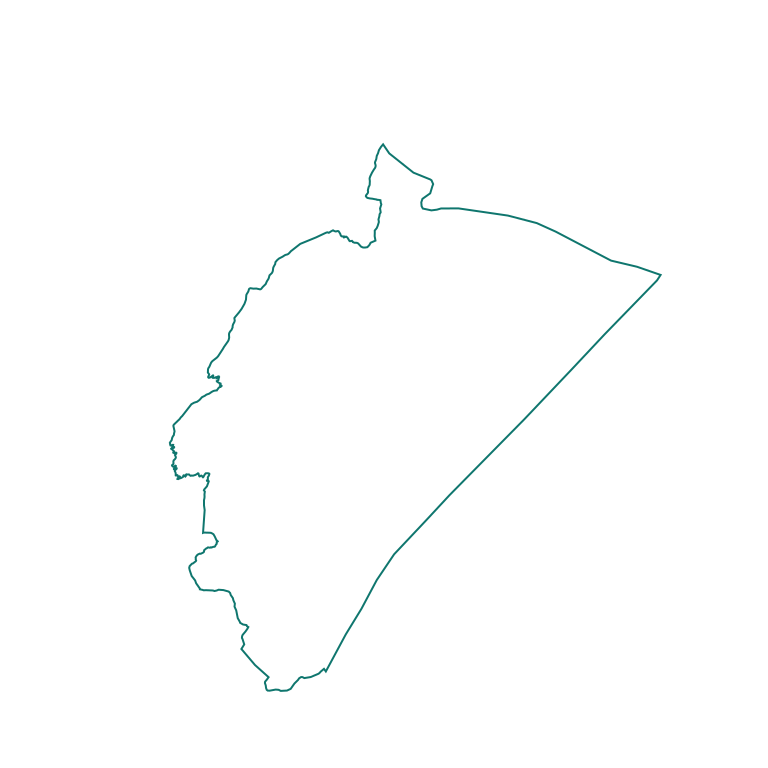 the district of Suaman, Western, Ghana, rotated 231°
{"feature_id": "2480657B41275879010095", "entity_name": "Suaman", "entity_type": "district", "adm_level": 2, "iso_a3": "GHA", "parent_name": "Ghana", "parent_adm1": "Western", "projection": "equal_earth", "projection_center": [-2.977, 6.108], "detail": "fine", "context": "isolated", "style": "outline", "palette": "teal", "viewbox_px": 768, "rotation_deg": 231, "n_neighbors": 0, "source": "geoboundaries", "source_scale": "gbopen_adm2", "svg_char_len": 6154}
<svg xmlns="http://www.w3.org/2000/svg" viewBox="0 0 768 768"><g transform="rotate(231 384 384)"><path d="M570.8,534.1L570.2,531.0L568.9,527.2L567.1,524.6L565.8,521.9L563.7,519.6L562.0,516.6L561.5,516.1L559.6,515.3L558.8,514.8L558.1,514.0L557.5,512.9L557.1,511.3L555.8,507.7L554.1,504.1L553.1,502.5L552.5,501.9L550.6,500.7L547.8,498.2L547.4,497.6L546.8,496.1L545.1,493.9L544.5,493.2L543.5,492.7L543.0,492.2L542.6,491.6L541.9,488.7L541.4,488.1L540.2,488.0L539.1,488.2L537.1,489.8L535.4,491.5L533.7,492.9L531.9,494.5L531.5,494.5L530.6,495.6L529.1,496.9L526.6,495.4L525.3,495.0L522.9,491.4L519.9,489.7L519.4,489.3L518.9,487.8L518.1,486.7L517.6,486.4L515.4,483.3L513.5,482.2L513.0,481.8L510.8,478.5L509.7,476.4L509.1,473.4L507.2,471.9L504.8,469.8L500.8,467.6L502.2,462.5L501.2,460.1L500.8,457.2L502.0,455.1L502.8,454.1L503.6,453.4L505.3,452.6L509.5,452.4L510.9,451.7L512.3,450.0L513.9,449.1L514.3,449.3L515.4,449.2L516.4,447.4L516.9,447.2L520.5,447.7L522.1,447.5L522.5,446.6L523.2,446.4L523.0,445.3L523.2,445.0L524.4,445.2L525.3,444.1L525.9,443.9L527.0,444.0L528.3,444.5L530.6,444.8L531.4,444.8L532.2,444.0L532.8,442.6L534.0,441.7L535.5,441.1L535.9,439.3L536.2,436.4L536.4,436.1L537.1,435.8L537.6,435.3L538.1,434.0L540.7,423.4L545.6,407.1L545.8,395.2L545.5,393.5L545.3,391.6L545.5,390.5L546.4,388.5L546.7,386.2L546.7,385.6L547.6,381.3L547.5,378.8L547.0,376.3L545.7,374.9L544.6,372.1L544.0,371.0L541.8,368.7L541.2,367.7L540.8,366.7L540.5,363.4L538.9,361.2L538.4,360.3L537.5,357.6L536.1,354.9L535.7,350.7L535.2,348.5L535.3,347.7L535.6,347.2L538.5,344.9L540.3,342.5L542.5,340.5L542.8,339.5L542.7,338.8L541.3,336.8L540.1,333.5L539.7,332.9L536.4,329.8L534.1,326.0L532.0,320.6L530.9,316.4L529.7,310.3L529.4,309.2L527.2,307.9L526.4,306.8L525.3,304.2L524.3,302.8L523.3,302.0L522.6,300.7L522.0,299.5L521.7,297.8L521.3,296.5L520.8,295.5L519.9,294.6L517.5,292.9L516.0,291.0L515.4,289.7L513.5,283.0L512.6,280.7L510.0,272.6L509.7,270.7L509.8,265.2L509.6,263.9L509.3,262.9L507.3,259.1L506.8,257.4L506.2,256.5L503.7,254.3L502.5,254.3L501.5,254.2L501.2,253.8L500.1,251.7L499.4,251.6L499.0,251.8L498.5,253.0L498.3,256.5L497.9,256.5L497.1,255.6L496.7,254.8L496.4,254.9L495.4,256.3L495.0,257.9L494.6,258.0L493.9,257.6L493.8,258.1L494.3,259.1L494.3,259.9L493.9,260.4L493.2,260.3L492.0,258.5L491.3,257.8L491.3,257.3L491.5,257.0L491.5,256.8L491.3,256.4L491.5,255.9L491.2,255.7L489.1,256.3L487.2,257.3L486.7,256.9L486.5,255.9L485.7,255.9L485.0,256.6L484.7,256.6L484.6,256.4L484.6,255.0L484.8,254.8L485.2,255.0L485.0,254.2L485.1,253.2L484.6,251.4L484.5,250.7L484.2,250.1L485.3,248.4L485.9,247.1L486.3,245.1L486.5,242.1L487.5,239.3L487.6,237.3L488.3,234.3L487.7,230.6L487.8,227.7L489.0,224.6L489.5,221.6L486.1,207.0L485.9,204.9L485.4,203.3L484.7,195.4L484.4,194.4L483.9,193.9L479.1,191.5L478.5,190.8L477.7,189.7L476.6,188.6L476.2,187.1L475.6,185.7L473.9,183.5L473.5,181.7L473.0,180.5L472.3,180.3L471.4,179.6L470.6,179.4L470.0,180.6L469.7,181.5L469.4,181.8L468.9,181.1L468.4,179.8L468.2,179.6L467.9,179.6L467.6,181.0L467.4,181.2L467.0,181.2L466.7,180.9L466.7,180.3L466.9,179.7L467.7,178.4L467.7,177.9L467.4,177.8L466.4,178.2L463.7,178.5L463.4,178.3L463.5,177.2L463.3,177.0L462.3,177.4L462.0,177.9L461.6,179.1L461.4,179.3L461.0,179.3L460.6,178.7L460.3,176.8L458.6,176.4L458.0,176.1L457.6,175.6L457.2,174.5L457.0,172.5L456.4,171.6L454.5,170.2L454.3,169.7L454.4,168.5L454.0,167.9L453.2,167.9L452.4,168.1L452.0,168.6L451.8,170.5L451.3,170.7L450.5,169.9L450.4,167.8L450.3,167.3L450.0,167.1L449.6,167.2L449.4,169.5L448.9,169.8L448.6,169.4L448.4,167.2L448.0,166.6L446.5,166.3L445.7,165.9L444.0,164.6L443.8,164.7L443.6,165.0L443.5,165.9L442.9,166.1L442.2,165.8L441.7,165.9L440.9,167.0L440.4,167.1L440.2,166.9L440.2,165.8L440.6,164.9L440.6,164.2L440.2,163.7L439.6,164.2L439.4,165.3L438.6,167.3L438.4,168.4L438.3,169.7L439.1,170.4L439.1,170.9L439.0,171.1L437.1,171.4L437.2,172.1L437.4,172.4L437.9,172.7L438.2,173.1L438.1,173.7L437.2,174.4L436.5,175.5L434.6,175.8L434.2,176.1L433.9,177.0L433.0,177.8L432.0,180.3L431.7,182.3L431.7,183.2L431.5,183.4L431.1,183.5L430.6,183.1L428.5,182.4L428.1,182.6L427.9,184.3L426.8,184.7L425.9,184.5L425.4,184.6L425.4,185.0L426.5,187.8L426.8,189.2L425.4,191.1L424.5,191.7L424.3,191.8L423.9,191.6L423.0,190.2L422.4,188.4L420.7,187.1L420.5,185.7L420.1,185.5L419.0,186.6L418.6,186.5L415.9,182.0L415.2,178.0L414.7,177.1L413.2,177.1L411.2,175.0L409.2,173.5L408.2,172.5L407.0,171.0L402.9,167.7L398.9,165.3L382.2,149.7L382.0,150.3L381.4,151.1L378.4,154.6L377.3,155.8L375.8,156.5L374.5,156.9L372.0,156.5L368.0,155.5L366.9,155.8L366.3,155.7L366.4,155.0L366.4,154.5L365.5,153.8L365.0,153.2L365.0,152.5L364.1,150.4L364.3,149.6L364.9,148.9L365.3,147.5L365.4,147.1L366.0,146.8L366.2,146.3L366.2,145.9L366.5,145.5L367.8,144.4L367.9,142.9L368.1,142.3L368.0,139.6L366.9,138.5L366.8,138.0L366.8,137.3L367.4,134.7L368.1,134.1L368.6,132.3L368.6,131.0L368.4,130.1L367.8,128.5L366.8,127.9L366.4,127.4L365.0,126.9L364.7,126.2L364.8,122.6L365.2,121.6L364.8,118.4L363.7,116.9L361.5,115.8L355.8,113.7L350.2,113.6L347.4,112.6L340.4,112.1L340.2,111.8L338.1,113.5L337.2,114.0L335.8,115.9L331.2,121.1L329.8,122.0L328.8,124.0L328.2,126.0L324.9,129.5L320.4,132.7L318.4,132.9L316.5,132.1L312.7,131.8L310.6,130.8L307.2,129.9L305.0,127.7L301.1,126.7L294.1,123.0L289.9,122.3L289.0,121.9L285.8,123.1L283.2,125.4L282.0,125.1L280.5,125.6L279.7,123.7L278.8,120.5L278.0,116.3L277.3,115.0L276.1,113.8L274.7,113.5L269.6,111.5L267.8,106.4L246.7,106.9L228.8,109.8L228.0,107.0L227.5,104.3L226.6,103.3L224.2,102.4L221.9,101.0L220.1,100.4L218.9,100.7L217.6,102.2L214.7,107.5L212.6,109.7L210.5,110.6L206.8,115.7L205.8,119.6L207.6,125.9L208.1,130.9L208.7,132.9L208.4,135.2L207.5,136.2L205.6,137.0L202.4,142.6L200.0,150.9L200.1,152.8L200.3,153.6L200.4,158.1L197.2,157.9L213.5,196.8L223.5,225.0L236.2,255.0L245.3,284.7L251.6,331.3L256.4,365.0L268.3,470.9L277.2,538.8L283.7,586.2L292.7,661.4L294.7,667.6L315.9,654.4L337.0,638.1L394.4,613.3L412.9,604.0L436.9,586.3L473.6,552.4L484.5,538.8L486.2,534.8L489.1,530.1L495.9,524.6L498.5,525.1L501.7,527.3L503.7,530.4L503.1,539.9L507.3,546.1L508.4,548.0L512.4,549.1L513.8,548.7L529.7,539.9L559.9,533.2L570.8,534.1Z" fill="none" stroke="#0f766e" stroke-width="2"/></g></svg>